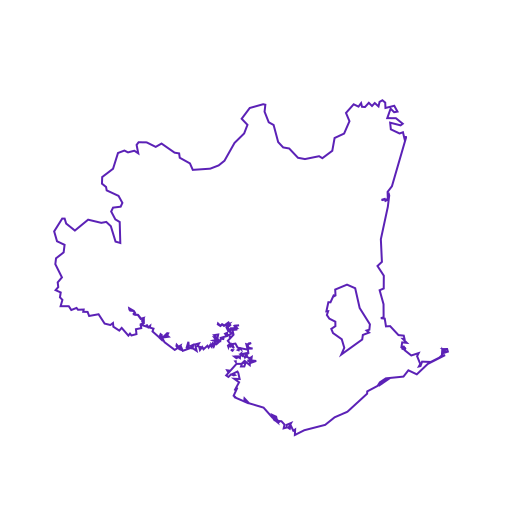 Panamá, Panama (Robinson projection), rotated 278°
{"feature_id": "35544464B75623018343213", "entity_name": "Panamá", "entity_type": "district", "adm_level": 2, "iso_a3": "PAN", "parent_name": "Panama", "parent_adm1": "", "projection": "robinson", "projection_center": [-79.506, 9.204], "detail": "fine", "context": "isolated", "style": "outline", "palette": "violet", "viewbox_px": 512, "rotation_deg": 278, "n_neighbors": 0, "source": "geoboundaries", "source_scale": "gbopen_adm2", "svg_char_len": 6122}
<svg xmlns="http://www.w3.org/2000/svg" viewBox="0 0 512 512"><g transform="rotate(278 256 256)"><path d="M347.0,161.0L354.2,146.8L350.1,141.5L353.3,131.9L352.3,123.9L349.4,122.3L341.3,125.1L343.3,120.9L340.8,114.8L342.1,111.0L338.8,105.0L322.5,102.3L312.8,92.7L306.2,93.4L303.5,97.9L300.2,99.0L296.4,111.5L290.0,116.3L286.0,115.1L284.0,107.7L279.9,106.4L272.7,111.6L270.7,116.3L250.0,119.8L250.7,114.9L265.3,108.1L268.9,103.0L267.3,98.2L268.6,84.7L256.0,73.1L261.7,63.5L266.4,61.3L266.1,58.9L252.3,52.7L242.9,56.9L240.4,64.9L232.8,65.0L225.9,58.3L220.0,58.4L207.8,66.8L202.3,63.3L197.7,64.5L194.3,62.3L192.7,67.7L187.8,67.6L185.6,70.4L179.1,69.5L180.2,77.6L176.8,80.6L179.6,85.5L178.0,87.2L179.0,92.8L176.7,92.7L177.2,97.0L173.4,99.1L176.4,108.2L168.0,115.5L167.4,121.4L169.7,123.7L166.1,124.6L163.1,131.0L166.1,133.0L159.4,140.7L161.6,142.0L160.0,143.7L162.0,148.5L166.8,147.3L168.6,152.4L172.3,151.3L173.9,153.7L175.8,152.2L178.9,153.3L177.6,150.6L181.2,147.2L180.9,144.4L181.2,143.3L181.9,142.9L182.9,143.9L184.5,142.6L184.4,139.0L185.3,138.1L186.6,137.7L184.6,142.7L182.9,144.1L181.3,143.4L181.3,147.4L177.9,150.9L179.1,153.5L173.9,154.3L171.8,152.0L170.8,157.7L172.9,157.2L170.3,159.3L172.1,160.9L170.3,160.9L169.8,164.6L166.9,164.0L161.9,171.6L165.3,172.4L164.6,173.6L161.5,172.0L160.0,174.1L163.5,173.5L162.7,175.3L167.2,178.8L167.2,179.8L164.1,178.7L164.5,179.8L163.9,180.7L162.1,174.3L157.9,177.4L151.7,188.6L154.0,191.3L155.8,189.7L157.1,189.8L155.4,191.9L156.9,193.8L153.1,193.1L152.6,195.1L153.3,195.4L154.0,194.7L155.0,194.8L151.9,196.7L155.2,202.9L155.8,200.1L161.6,201.0L155.7,202.4L155.6,205.4L157.9,204.0L159.3,206.1L155.9,206.1L153.8,210.4L159.9,208.0L161.5,211.7L158.6,210.6L158.1,213.8L157.6,212.6L155.1,213.6L158.4,215.4L156.3,217.0L160.4,220.4L158.7,221.8L161.2,222.9L160.1,224.3L162.2,224.0L160.0,226.7L161.5,227.1L162.4,225.3L163.6,225.4L162.4,228.3L164.5,226.2L163.1,229.1L165.1,230.8L166.3,225.5L167.2,228.1L169.5,226.0L169.2,228.7L171.8,225.5L173.0,229.5L167.5,229.1L166.8,232.5L169.3,232.6L169.2,236.0L170.4,233.3L172.6,238.2L174.7,236.2L175.8,238.0L173.1,238.6L176.2,243.3L177.9,238.9L181.2,236.7L185.1,239.1L182.3,234.0L183.5,232.0L181.7,230.5L183.0,227.7L183.9,227.8L182.0,230.4L183.8,231.9L182.8,234.3L186.4,238.0L184.0,240.2L181.2,237.6L178.5,241.1L180.9,241.2L181.9,246.9L183.2,244.7L184.1,244.8L185.0,248.9L183.9,244.8L182.3,247.0L180.4,246.9L179.5,243.0L174.9,244.7L168.1,239.9L161.5,246.9L165.5,244.8L166.4,247.8L162.7,250.6L162.1,260.8L167.3,258.7L167.1,259.8L168.5,261.1L169.1,263.3L167.0,260.0L164.1,261.5L163.9,265.5L163.0,260.8L158.9,261.9L158.4,259.8L155.9,259.6L157.2,260.6L154.7,261.1L154.0,264.2L155.4,265.8L151.9,265.8L152.1,270.8L149.8,266.4L151.6,265.6L151.4,262.1L150.3,264.7L147.1,265.0L150.6,259.3L148.0,257.3L148.9,260.6L145.0,259.8L144.5,256.5L147.2,257.0L146.5,251.7L133.6,243.1L132.4,245.5L135.3,247.8L134.7,250.5L135.2,251.7L136.3,249.7L139.0,253.7L137.6,254.8L131.9,256.9L131.4,251.5L128.6,256.8L119.8,253.5L123.1,255.9L114.5,253.3L113.2,255.6L113.3,253.9L109.0,269.3L112.6,264.4L113.4,264.4L109.2,269.6L106.9,284.6L98.2,294.8L98.2,298.1L98.8,295.9L100.8,294.5L99.7,298.3L97.1,299.3L94.3,302.7L95.8,301.3L95.9,304.2L93.0,307.7L89.2,307.4L90.4,310.2L93.1,309.9L95.5,314.0L90.3,312.0L89.6,313.5L93.2,313.9L88.1,317.3L89.6,318.9L84.2,319.4L90.2,328.1L98.4,348.0L107.2,356.3L114.5,368.2L135.1,385.2L137.4,385.0L144.3,394.5L148.2,396.3L152.9,401.6L157.1,418.8L164.0,422.8L161.2,431.7L173.0,441.1L184.1,457.0L183.4,454.1L185.4,453.9L188.0,459.3L190.5,458.2L189.8,453.9L188.3,456.7L186.7,455.5L189.1,453.5L183.5,453.9L180.9,451.7L175.4,443.8L174.5,435.2L169.9,434.2L169.3,432.7L171.9,433.7L179.2,429.5L182.5,430.6L179.1,423.6L183.3,416.5L184.0,415.9L184.7,416.6L185.0,416.6L186.2,416.1L184.0,415.9L184.5,413.8L186.3,413.1L186.2,415.6L186.9,414.9L186.2,412.7L190.8,412.8L191.0,417.4L194.4,412.9L194.6,414.6L197.7,413.4L197.5,408.1L205.2,398.6L204.4,394.5L211.9,392.2L211.8,388.3L213.1,390.9L226.0,389.0L239.3,383.2L241.6,387.0L254.3,385.3L263.0,377.7L267.7,381.5L290.0,377.3L323.0,379.7L334.5,379.5L337.2,378.4L332.5,379.3L329.8,378.3L328.6,376.5L330.3,375.6L329.0,373.8L329.1,372.5L330.5,375.6L328.9,376.6L331.3,378.5L337.8,377.4L344.0,380.9L394.1,388.1L395.5,387.8L391.1,387.4L399.0,384.3L397.3,381.1L400.2,371.9L406.7,370.3L405.5,381.0L407.4,382.9L411.9,375.4L410.8,366.8L420.6,368.8L417.6,372.8L418.7,376.0L424.0,372.0L420.6,363.6L425.9,362.6L427.8,359.5L425.8,356.9L421.2,356.5L424.0,352.3L420.7,350.0L423.4,346.4L418.7,343.2L418.5,340.2L422.0,338.8L418.2,336.7L419.8,331.6L410.2,325.2L402.5,329.8L389.5,326.2L383.8,317.4L370.8,316.9L362.1,308.1L363.6,304.6L358.8,291.0L359.1,283.9L367.1,273.9L367.3,267.8L371.9,262.1L388.2,255.2L390.2,250.0L400.1,244.4L407.1,244.2L407.3,242.0L401.7,229.2L389.9,222.7L384.7,229.3L375.7,227.2L365.0,219.0L345.9,211.5L340.5,206.4L336.1,198.5L332.5,181.4L338.5,177.7L342.7,166.8L346.9,165.6L347.0,161.0ZM211.0,333.4L220.3,334.1L220.5,336.2L228.6,338.6L227.0,338.9L228.0,340.2L233.8,339.1L240.3,350.1L237.9,358.7L218.9,365.9L204.2,378.3L198.8,378.5L197.6,375.9L195.9,378.6L192.7,372.8L188.1,372.8L170.3,354.2L177.4,356.2L185.5,352.5L190.4,343.0L194.3,340.7L197.6,344.4L202.0,343.7L204.2,337.3L207.4,334.4L211.4,335.1L211.0,333.4ZM152.2,401.3L144.4,395.4L152.8,404.6L152.2,401.3ZM156.4,254.4L155.1,256.5L157.7,257.9L156.4,254.4ZM97.8,295.5L95.9,297.2L96.0,299.2L97.9,298.1L97.8,295.5ZM153.4,248.6L152.1,250.8L153.2,252.4L153.8,251.3L153.4,248.6ZM159.6,246.3L159.6,244.2L158.9,245.9L159.6,246.3ZM138.8,243.3L137.5,244.3L138.8,245.4L138.8,243.3ZM154.4,254.2L154.0,251.6L152.7,254.3L154.4,254.2ZM94.3,300.5L95.9,299.6L95.5,298.5L94.3,300.5ZM163.9,243.1L162.8,242.5L162.7,243.2L163.9,243.1ZM161.2,252.2L160.4,251.2L160.2,252.0L161.2,252.2ZM155.5,260.1L154.7,258.5L153.9,259.2L155.5,260.1ZM172.7,241.5L171.4,240.9L172.5,241.8L172.7,241.5ZM164.2,241.5L163.4,240.7L162.2,241.3L164.2,241.5ZM152.7,264.7L153.7,263.9L153.6,263.6L152.7,264.7ZM161.6,253.9L162.5,253.4L162.2,252.8L161.6,253.9ZM156.9,255.1L157.6,255.0L157.0,254.5L156.9,255.1ZM148.3,250.7L148.9,250.6L148.8,250.2L148.3,250.7Z" fill="none" stroke="#5b21b6" stroke-width="2"/></g></svg>